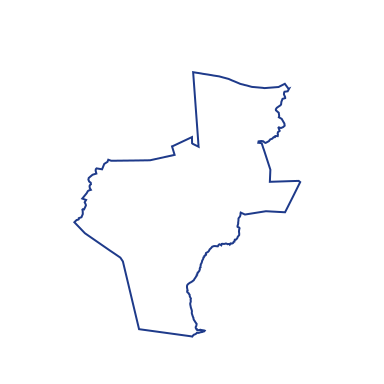 outline of Santa María Tecomavaca, Oaxaca, Mexico, rotated 306°
{"feature_id": "50627088B6219155410913", "entity_name": "Santa María Tecomavaca", "entity_type": "district", "adm_level": 2, "iso_a3": "MEX", "parent_name": "Mexico", "parent_adm1": "Oaxaca", "projection": "mercator", "projection_center": [-97.1, 17.955], "detail": "fine", "context": "isolated", "style": "outline", "palette": "blue", "viewbox_px": 384, "rotation_deg": 306, "n_neighbors": 0, "source": "geoboundaries", "source_scale": "gbopen_adm2", "svg_char_len": 4828}
<svg xmlns="http://www.w3.org/2000/svg" viewBox="0 0 384 384"><g transform="rotate(306 192 192)"><path d="M168.9,105.3L166.7,105.9L163.2,104.5L157.5,105.9L155.0,100.9L153.9,100.8L152.6,101.5L150.7,103.8L147.5,101.4L142.7,100.2L141.1,100.9L140.0,102.7L140.0,104.6L138.8,105.7L138.0,105.4L136.6,105.6L135.1,107.0L134.3,108.9L132.4,107.5L131.4,107.2L129.2,107.5L122.2,107.1L123.3,111.0L120.6,111.2L119.5,113.3L118.7,114.1L114.5,114.9L114.1,113.9L113.3,113.7L112.3,114.8L110.0,116.6L106.6,117.4L104.3,115.8L103.3,116.4L102.5,116.0L101.5,115.1L98.4,114.6L95.7,129.6L96.4,160.2L96.6,165.4L96.8,172.6L95.2,176.9L49.9,229.8L74.3,275.3L75.2,277.2L76.1,277.1L76.8,277.3L77.5,277.3L78.2,277.8L79.2,278.4L80.2,278.7L80.8,278.7L81.3,279.0L81.5,279.6L82.0,280.3L82.6,280.6L83.3,281.2L83.8,281.6L84.3,282.1L84.8,282.6L85.5,283.0L86.5,283.8L87.3,283.8L87.2,283.4L86.9,282.7L86.3,281.7L86.1,281.0L85.7,280.8L85.5,280.3L85.5,280.1L85.3,280.1L85.1,279.7L85.0,279.3L84.0,278.5L84.0,278.3L83.5,277.6L83.3,277.4L83.9,276.5L83.6,276.2L84.1,275.1L84.8,274.4L86.2,274.2L87.2,273.7L88.0,273.3L88.3,272.4L88.7,271.2L89.2,270.0L89.7,268.6L90.3,267.7L91.0,267.2L91.4,266.4L92.0,265.5L92.8,264.4L93.3,263.7L93.9,263.0L94.5,262.6L95.4,262.1L96.1,261.4L97.0,260.2L98.0,258.8L98.9,257.9L99.5,257.2L100.2,256.5L100.9,256.0L101.9,255.7L103.0,255.2L103.5,254.7L103.9,254.2L104.6,254.0L105.2,253.7L105.4,253.2L105.7,252.5L106.0,252.0L106.3,251.5L106.8,251.0L107.4,250.6L107.6,250.2L107.7,249.4L108.1,249.0L108.1,248.2L108.2,247.1L108.6,246.6L109.3,246.2L109.7,246.4L110.2,245.8L111.0,244.9L111.8,244.1L113.0,243.2L113.9,242.9L114.7,242.9L115.7,243.1L117.5,243.7L118.0,244.0L118.4,244.2L119.3,244.5L120.0,244.9L120.6,244.9L121.6,245.3L123.2,245.1L124.8,245.1L125.8,245.0L126.5,245.1L127.3,244.6L128.0,244.9L128.9,244.3L129.7,244.1L130.0,244.0L130.3,244.3L130.9,244.3L131.3,244.1L131.9,244.2L132.4,244.3L133.0,244.1L133.9,243.9L134.5,243.3L135.4,243.0L136.0,243.2L136.2,242.9L136.9,242.5L137.6,242.3L138.0,241.9L138.7,241.6L139.6,241.6L140.6,241.3L141.4,241.1L142.4,240.6L143.3,240.5L144.0,240.4L144.7,240.3L145.1,240.1L145.8,239.7L146.1,239.8L146.5,240.0L147.0,239.9L147.5,239.6L148.0,239.9L148.6,239.8L149.0,240.2L149.6,240.2L150.1,239.5L150.9,239.2L151.8,239.6L152.5,240.0L153.2,240.2L154.6,240.3L155.9,240.0L157.8,240.4L159.6,240.5L160.5,241.1L161.2,241.6L161.7,242.3L162.3,243.2L162.7,244.0L163.2,244.8L163.9,244.8L164.8,244.6L165.8,244.9L166.0,245.6L166.1,247.0L166.7,246.8L167.5,246.6L168.0,247.1L168.6,248.2L169.3,249.0L170.3,249.7L170.6,250.7L170.7,251.5L171.0,251.7L171.4,252.1L171.7,252.5L171.8,252.7L171.7,253.0L171.6,253.5L172.6,253.5L173.1,253.4L173.5,254.0L173.6,254.5L174.1,254.8L174.4,255.0L174.8,255.2L175.3,255.2L175.8,255.0L176.3,255.1L176.8,255.5L177.6,255.1L178.0,254.8L178.6,254.7L179.0,255.4L179.9,255.6L180.9,255.8L181.5,255.7L182.4,255.4L183.5,255.4L183.9,255.4L184.3,255.5L184.8,255.5L185.3,255.2L185.9,254.8L186.6,254.2L187.1,253.7L187.8,253.1L188.4,252.8L189.0,252.4L190.0,252.0L190.3,251.9L190.7,251.7L190.9,251.1L190.9,250.5L190.6,249.9L190.6,249.3L191.2,248.8L191.9,248.6L192.9,248.2L193.7,247.9L194.2,247.4L194.9,247.1L195.5,246.7L196.1,246.4L196.6,246.1L197.4,245.5L197.9,245.2L198.5,245.1L199.4,245.2L200.4,245.2L201.1,245.0L202.3,244.5L203.2,243.8L204.0,243.5L204.9,248.1L219.9,263.1L230.3,279.2L247.6,276.4L263.6,273.7L263.7,271.8L260.4,267.5L246.0,249.0L256.1,242.3L268.6,225.1L269.3,224.0L272.0,220.3L272.1,220.1L272.4,219.7L271.2,217.3L270.8,216.7L272.1,216.1L274.0,218.1L274.9,219.8L274.9,220.3L274.8,220.8L274.7,221.6L275.0,222.7L278.3,224.3L279.6,224.3L279.9,224.4L280.6,224.4L281.4,225.0L281.9,225.2L282.3,225.6L282.9,225.7L283.8,225.7L284.8,226.1L284.6,226.3L285.1,226.8L285.8,226.4L286.4,226.7L287.1,227.8L287.6,228.5L289.2,227.6L289.5,227.0L290.8,226.4L291.3,226.4L292.4,226.9L293.0,227.0L294.8,224.2L295.4,224.3L295.8,225.8L296.1,226.4L298.1,227.6L300.1,228.0L301.7,226.5L303.9,221.5L303.5,218.3L304.7,217.9L307.1,215.6L307.4,211.9L308.2,211.2L310.0,211.1L314.2,212.6L315.2,212.6L317.5,211.3L320.6,210.5L322.7,212.2L323.5,211.6L325.0,209.0L326.3,208.2L327.5,207.9L329.7,210.2L332.7,209.8L332.2,209.5L334.1,203.5L327.8,200.3L318.6,189.5L317.9,188.1L313.7,181.1L312.9,179.8L312.2,178.6L311.4,176.5L310.6,174.3L310.2,173.3L309.5,171.7L309.0,170.3L308.2,168.4L307.7,167.0L307.7,166.8L306.8,162.9L306.2,160.4L305.8,158.9L305.5,157.4L305.0,155.2L304.9,154.9L304.2,153.1L303.6,151.5L303.0,150.0L301.7,146.5L301.6,146.3L301.5,146.0L298.7,140.6L298.3,139.7L296.5,136.1L296.4,135.9L293.9,131.1L293.5,130.2L293.0,129.2L291.9,127.0L291.4,126.1L289.6,122.5L236.8,167.1L235.8,167.9L235.3,168.3L234.1,169.4L233.9,169.5L233.7,169.6L232.5,170.7L231.4,164.3L231.5,163.4L236.4,159.7L218.2,149.7L217.2,149.0L213.7,153.6L211.8,156.1L193.0,139.4L184.9,128.6L169.8,108.3L168.9,105.3Z" fill="none" stroke="#1e3a8a" stroke-width="2"/></g></svg>